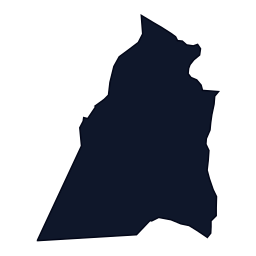 the district of Kristinehamn, Värmland, Sweden
{"feature_id": "70781695B91017717929133", "entity_name": "Kristinehamn", "entity_type": "district", "adm_level": 2, "iso_a3": "SWE", "parent_name": "Sweden", "parent_adm1": "Värmland", "projection": "albers", "projection_center": [14.142, 59.269], "detail": "fine", "context": "isolated", "style": "filled", "palette": "ink", "viewbox_px": 256, "rotation_deg": 0, "n_neighbors": 0, "source": "geoboundaries", "source_scale": "gbopen_adm2", "svg_char_len": 942}
<svg xmlns="http://www.w3.org/2000/svg" viewBox="0 0 256 256"><path d="M37.5,240.6L37.9,240.6L136.5,234.7L149.9,220.6L151.7,220.9L158.7,217.4L171.0,219.7L180.9,223.8L189.1,225.5L196.7,230.2L202.4,234.0L207.1,237.2L207.3,237.4L210.7,233.2L211.0,226.9L211.0,220.9L216.2,215.7L216.2,207.8L216.5,196.6L213.1,189.6L209.4,178.8L207.1,170.2L208.2,160.5L208.9,150.5L205.9,144.2L206.3,138.6L210.0,130.0L210.7,122.6L211.8,114.8L214.0,104.4L214.1,103.5L214.7,96.2L218.5,91.6L202.5,90.4L201.1,85.1L196.7,79.9L191.0,77.5L188.1,73.7L188.6,68.4L190.0,64.6L193.8,59.8L199.6,55.0L200.5,48.7L197.6,44.4L193.3,45.9L186.6,44.9L182.3,41.1L177.5,40.6L175.6,36.8L171.8,34.0L162.0,27.7L153.1,22.5L141.3,15.4L142.7,33.9L138.3,42.5L128.8,49.7L119.2,56.8L113.9,66.4L110.0,82.2L108.5,95.1L104.2,99.4L95.3,105.9L95.6,106.0L95.1,107.6L87.7,118.6L83.7,117.6L83.2,121.2L79.8,127.7L81.5,145.9L37.5,240.2L37.5,240.6Z" fill="#0f172a" stroke="#020617" stroke-width="1.5"/></svg>